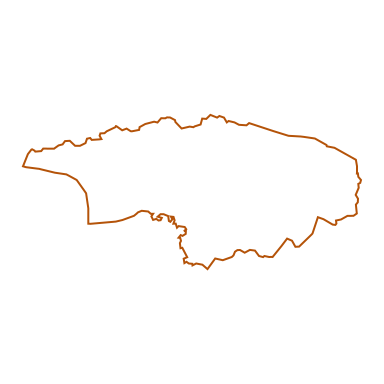 outline of Añasco, Puerto Rico
{"feature_id": "32010507B40456711023422", "entity_name": "Añasco", "entity_type": "district", "adm_level": 2, "iso_a3": "PRI", "parent_name": "Puerto Rico", "parent_adm1": "", "projection": "albers", "projection_center": [-67.133, 18.283], "detail": "fine", "context": "isolated", "style": "outline", "palette": "amber", "viewbox_px": 384, "rotation_deg": 0, "n_neighbors": 0, "source": "geoboundaries", "source_scale": "gbopen_adm2", "svg_char_len": 2356}
<svg xmlns="http://www.w3.org/2000/svg" viewBox="0 0 384 384"><path d="M334.5,147.8L326.8,146.3L326.5,145.0L314.9,138.5L304.0,136.9L300.7,136.5L288.5,135.8L273.4,131.1L249.1,123.1L246.5,125.3L239.0,124.8L234.5,122.4L228.6,121.0L226.8,122.4L224.0,117.6L219.4,116.0L217.1,117.6L210.4,114.9L206.3,118.9L202.2,118.6L200.6,124.5L194.6,126.4L193.4,127.2L189.7,126.6L181.6,128.5L179.3,126.1L175.4,122.0L175.0,120.1L170.1,117.5L167.0,117.4L165.3,118.3L161.2,118.2L157.5,122.5L154.1,121.7L145.3,124.0L139.6,127.1L139.1,129.9L131.9,131.3L130.7,131.2L126.6,128.6L122.2,130.3L116.4,126.2L115.9,126.1L115.3,127.2L106.7,131.3L104.5,133.2L100.4,133.4L99.6,135.7L101.4,139.1L99.1,139.4L91.7,139.9L90.2,138.0L87.0,138.7L85.5,143.1L80.0,145.8L75.1,145.8L69.8,140.8L65.0,141.1L62.6,144.4L58.6,145.4L54.0,148.7L43.2,148.6L41.2,151.1L35.3,151.6L34.5,150.6L32.1,149.3L31.4,149.6L27.9,154.1L23.0,166.3L25.7,167.1L26.1,167.2L37.9,168.7L39.0,168.8L41.7,169.5L54.9,172.7L66.4,174.4L69.6,176.1L73.8,178.4L76.7,180.0L83.9,190.1L86.1,193.3L86.5,196.0L88.3,208.3L88.3,213.2L88.3,223.2L88.3,223.7L90.5,223.8L115.8,221.6L122.5,220.0L134.0,215.8L136.8,213.5L137.9,212.4L141.7,210.8L148.2,211.5L150.8,213.8L153.1,213.8L151.4,216.4L153.1,219.9L156.3,218.9L158.5,220.5L160.6,220.2L161.8,217.9L157.7,216.7L160.5,214.2L163.6,214.2L168.2,216.1L168.9,221.0L170.3,221.8L172.4,219.2L170.9,216.6L173.5,216.9L174.6,220.3L173.4,223.7L175.7,223.6L177.0,227.7L178.6,226.1L184.7,227.0L186.2,229.2L183.9,231.2L185.9,230.6L185.7,233.9L182.5,235.9L180.7,235.1L178.6,237.7L180.2,237.9L181.0,240.9L179.9,243.1L180.5,248.2L182.3,247.8L184.8,252.6L187.2,257.2L183.7,258.7L184.4,263.1L186.5,261.8L188.8,263.5L192.3,263.8L192.5,265.4L196.2,263.5L202.4,264.7L207.5,269.1L215.2,258.5L222.8,260.2L231.8,257.0L233.5,255.4L235.0,251.7L237.4,250.1L240.0,250.0L244.7,252.7L249.9,249.9L255.0,250.6L259.0,256.0L263.1,257.1L264.4,256.0L269.1,257.0L272.1,256.9L272.6,257.0L281.5,246.0L287.1,238.6L292.0,240.7L295.4,246.8L299.1,246.6L307.8,238.2L311.8,234.3L312.5,233.5L317.9,217.2L323.5,219.2L332.7,224.6L335.4,224.9L336.4,223.6L336.0,220.5L341.0,219.5L347.4,215.9L353.5,215.8L356.8,213.5L355.9,204.6L357.8,202.3L358.0,198.7L355.7,194.9L358.7,187.8L358.3,183.9L360.2,182.9L361.0,180.0L358.3,176.8L357.9,173.4L356.9,173.5L357.0,172.3L357.0,166.2L355.9,159.8L334.5,147.8Z" fill="none" stroke="#b45309" stroke-width="2"/></svg>